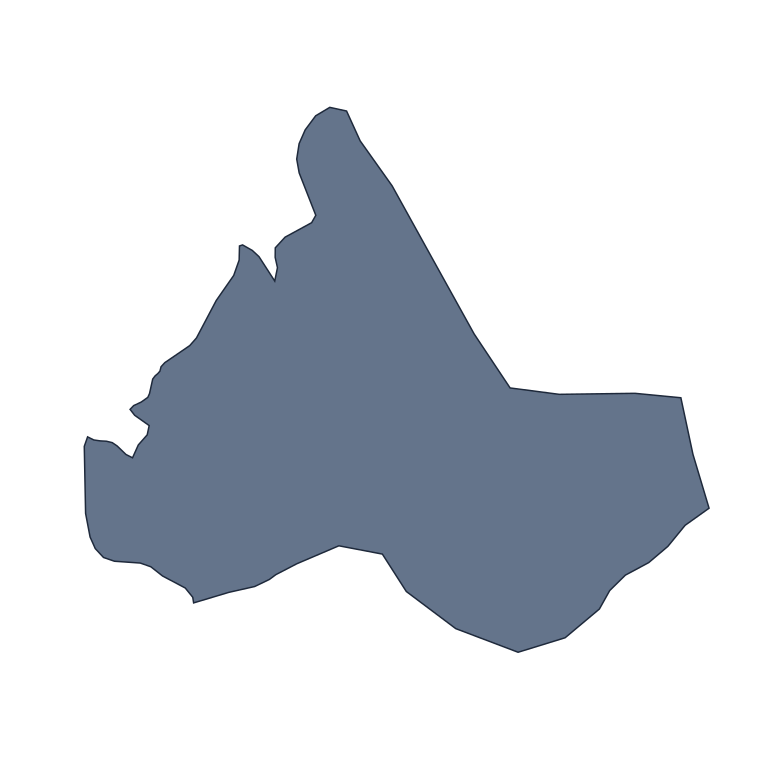 outline of Ardahan, rotated 264°
{"feature_id": "TUR-4839", "entity_name": "Ardahan", "entity_type": "Province", "adm_level": 1, "iso_a3": "TUR", "parent_name": "Turkey", "parent_adm1": "", "projection": "equal_earth", "projection_center": [42.828, 41.094], "detail": "fine", "context": "isolated", "style": "filled", "palette": "slate", "viewbox_px": 768, "rotation_deg": 264, "n_neighbors": 0, "source": "natural_earth", "source_scale": "10m", "svg_char_len": 1215}
<svg xmlns="http://www.w3.org/2000/svg" viewBox="0 0 768 768"><g transform="rotate(264 384 384)"><path d="M286.5,73.7L353.3,79.4L362.4,83.7L358.7,89.5L357.1,95.8L356.1,102.0L354.1,107.6L350.3,112.1L340.9,120.0L336.9,126.2L349.1,133.3L358.2,143.2L367.2,146.1L378.9,132.8L385.3,128.8L388.7,132.8L391.4,140.6L395.4,147.7L399.0,149.8L413.1,154.5L416.0,157.2L417.9,160.0L420.2,162.5L424.5,164.1L428.2,168.3L442.5,194.8L449.4,202.3L484.6,225.9L507.7,245.9L522.4,252.9L536.4,254.7L537.1,257.9L530.6,267.0L523.7,273.0L497.8,286.1L510.8,290.2L521.3,289.0L530.8,290.1L540.4,301.0L552.0,328.9L558.9,333.8L602.8,321.7L616.8,320.7L631.9,324.7L645.0,332.2L657.9,344.1L664.8,359.0L659.4,375.3L628.3,385.7L580.2,412.8L502.3,445.8L424.3,478.9L366.9,509.0L355.4,557.2L348.5,632.6L339.3,677.8L281.8,683.9L226.5,694.3L212.0,668.7L192.8,649.3L178.7,628.6L168.7,604.1L155.0,586.9L137.7,574.7L112.7,537.6L103.2,489.3L133.2,429.8L175.3,384.5L215.0,364.6L227.8,322.2L214.3,278.4L205.7,256.5L201.6,249.6L196.1,234.2L193.0,207.9L186.2,171.8L191.9,171.5L201.9,165.0L216.2,143.7L226.6,133.0L231.4,122.9L235.9,97.4L240.8,86.9L250.4,79.7L251.1,79.4L253.1,78.8L262.5,75.7L286.5,73.7Z" fill="#64748b" stroke="#1e293b" stroke-width="1.5"/></g></svg>